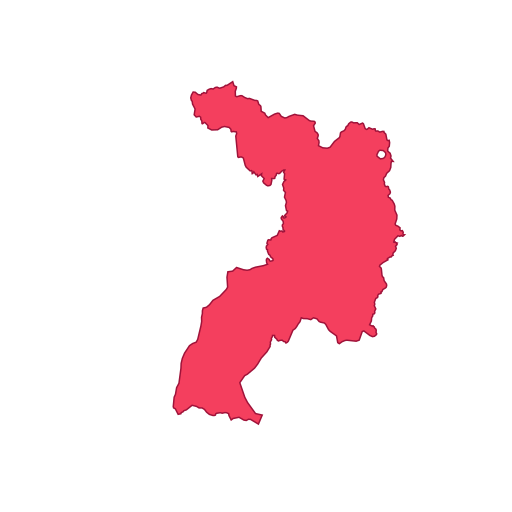 Bambesa, Orientale, Democratic Republic of the Congo (Robinson projection), rotated 34°
{"feature_id": "63176286B69142293994365", "entity_name": "Bambesa", "entity_type": "district", "adm_level": 2, "iso_a3": "COD", "parent_name": "Democratic Republic of the Congo", "parent_adm1": "Orientale", "projection": "robinson", "projection_center": [25.884, 2.972], "detail": "fine", "context": "isolated", "style": "filled", "palette": "rose", "viewbox_px": 512, "rotation_deg": 34, "n_neighbors": 0, "source": "geoboundaries", "source_scale": "gbopen_adm2", "svg_char_len": 6131}
<svg xmlns="http://www.w3.org/2000/svg" viewBox="0 0 512 512"><g transform="rotate(34 256 256)"><path d="M139.2,124.5L136.6,130.7L135.3,131.6L134.7,133.8L132.0,137.3L129.3,137.8L128.0,139.1L127.1,141.5L125.2,142.3L123.9,143.9L122.9,146.0L123.8,148.3L123.6,149.0L121.2,149.8L121.0,150.8L120.2,151.7L120.3,153.4L117.5,154.6L114.1,154.2L112.2,155.2L112.5,158.7L113.5,161.4L115.4,163.1L116.7,163.5L118.4,165.5L123.3,168.2L125.8,173.5L128.7,174.2L131.0,171.8L132.5,171.9L133.7,173.5L135.5,174.3L137.2,176.4L137.7,176.3L138.5,174.2L139.2,173.9L143.2,174.7L144.5,176.8L148.8,176.3L153.6,172.8L155.5,168.4L157.5,166.2L161.9,164.4L164.3,165.0L165.7,166.6L166.3,166.7L167.5,165.5L170.3,164.1L171.5,165.3L172.2,167.9L185.4,183.9L186.3,184.1L188.3,182.1L190.2,181.8L190.9,182.0L196.3,186.8L198.3,187.9L203.6,188.7L204.5,187.7L205.1,187.8L206.8,189.9L207.2,189.4L207.1,187.4L210.6,188.7L211.3,187.7L213.0,189.1L214.7,184.7L215.5,186.4L219.5,187.2L219.8,190.1L221.4,191.1L225.1,191.5L226.6,191.2L228.1,189.7L228.4,188.3L226.8,184.4L225.6,183.0L227.7,181.7L228.1,181.0L227.4,179.6L227.6,177.9L226.9,176.2L227.1,175.6L228.8,175.0L229.4,174.3L229.9,171.3L230.9,169.2L231.8,168.6L232.0,171.1L233.7,171.8L236.3,176.6L236.9,176.8L238.0,176.2L238.2,176.6L237.5,178.5L238.0,181.9L241.0,184.1L242.1,186.1L244.9,186.9L246.7,191.3L250.0,193.2L251.3,194.6L252.3,197.8L255.9,201.3L257.1,201.1L257.7,202.8L257.1,206.4L257.5,206.9L258.8,206.6L259.1,207.3L258.1,208.8L257.3,209.0L256.5,208.1L255.5,208.0L255.4,210.0L256.1,211.0L259.2,212.1L260.6,213.8L260.5,215.6L261.3,216.7L262.3,217.2L263.7,218.9L265.7,219.3L265.9,219.8L264.8,221.1L263.5,220.7L262.6,221.7L261.2,222.0L262.1,227.0L259.0,232.0L258.9,233.4L259.4,234.2L258.9,234.8L257.4,235.4L257.0,236.3L257.9,239.3L259.3,239.8L259.1,242.0L259.8,243.4L261.0,244.5L262.0,244.3L262.6,245.4L265.6,247.5L267.3,247.6L268.5,248.5L271.4,248.8L272.5,249.8L272.5,250.4L271.0,252.2L269.9,252.3L268.9,251.5L266.7,251.5L266.5,252.7L266.9,253.7L268.7,255.7L270.2,256.4L267.5,259.9L261.8,265.6L259.6,268.6L258.7,270.7L256.6,272.8L253.3,274.4L246.3,276.4L245.1,281.6L241.5,284.8L243.8,289.8L249.9,297.7L250.1,300.3L248.5,309.8L245.1,316.8L244.7,322.4L243.6,326.2L241.3,328.7L242.2,331.4L243.8,333.8L245.1,337.2L247.6,340.7L249.5,344.9L254.3,357.7L254.6,360.9L252.4,364.0L251.0,367.5L251.1,376.5L252.2,382.1L254.0,386.9L256.6,391.1L263.3,404.6L263.8,409.5L266.6,415.7L267.1,418.8L271.6,427.1L272.6,428.0L274.6,427.8L280.0,430.8L281.9,428.8L281.6,427.6L282.6,426.0L282.7,424.6L284.3,422.5L286.5,415.5L290.9,413.9L293.7,413.8L296.3,412.1L299.1,412.0L302.4,413.1L305.9,413.4L309.5,412.3L310.8,411.4L311.3,410.6L310.9,409.3L311.2,408.5L314.0,405.9L315.9,405.2L317.8,403.2L319.2,402.4L321.5,402.0L322.8,403.4L327.1,405.8L327.9,403.5L332.1,399.2L337.7,398.8L339.9,397.8L341.0,395.6L342.8,394.5L352.0,394.0L350.1,384.4L343.7,386.9L330.9,382.2L325.7,379.4L313.4,370.1L313.5,361.5L314.9,358.9L317.5,349.8L317.8,344.8L317.4,337.6L318.6,329.4L318.3,323.2L317.4,321.9L317.3,320.9L316.0,319.4L315.7,316.7L314.7,315.5L314.7,313.7L314.1,312.6L315.8,311.5L317.0,312.9L319.8,313.3L320.9,314.0L322.3,313.8L322.8,312.8L324.7,311.2L326.8,311.4L328.1,310.8L329.5,311.4L330.2,310.0L330.4,308.5L328.1,296.8L329.1,294.2L329.2,291.6L329.0,289.0L329.2,285.9L328.1,281.9L330.4,281.3L333.5,279.3L337.0,278.1L338.2,275.1L341.6,274.0L344.9,275.0L346.4,274.8L350.2,273.3L352.1,273.7L357.4,276.5L359.6,277.0L367.4,277.2L372.2,282.1L374.1,282.1L375.3,278.9L377.0,276.3L378.4,275.0L386.7,270.6L388.6,268.1L386.3,259.2L387.3,257.8L394.8,258.2L397.7,257.7L399.1,256.3L399.8,253.9L399.6,253.0L398.2,252.2L397.4,250.6L396.4,249.6L395.0,249.5L393.5,248.6L392.6,248.9L392.1,248.4L391.2,249.2L388.6,249.5L388.0,245.4L386.4,242.5L386.3,240.4L385.4,239.0L386.4,237.7L386.3,236.7L385.2,235.4L384.9,232.9L381.9,231.1L381.4,229.5L380.0,228.2L379.0,224.2L379.8,222.9L379.9,221.7L379.1,221.0L378.9,219.2L380.4,217.3L380.5,216.7L379.7,216.1L380.3,215.1L379.9,212.9L381.2,210.1L381.4,209.1L380.9,207.5L379.9,206.3L376.0,204.8L373.9,202.6L372.4,202.4L371.2,201.5L367.3,196.8L366.4,196.0L364.2,195.6L363.8,194.4L365.0,190.4L367.5,185.4L366.5,185.1L366.5,184.4L367.7,181.8L368.5,181.4L368.7,179.7L369.3,178.7L368.7,178.4L368.0,176.8L368.6,173.8L368.0,171.2L366.2,169.9L366.6,167.7L365.8,167.4L365.9,166.3L364.2,166.7L363.5,166.5L362.9,167.4L362.4,167.4L361.5,164.6L362.4,159.8L364.2,159.3L365.0,157.7L366.2,157.8L366.8,157.3L367.2,155.4L366.2,156.0L365.2,155.1L364.8,154.0L363.1,153.1L362.3,154.0L360.6,153.9L359.7,152.1L357.0,151.9L354.6,152.4L353.4,151.6L352.0,146.6L350.0,143.3L345.4,140.4L343.3,137.1L341.5,135.6L337.8,133.7L336.3,133.8L334.9,132.9L332.9,133.3L331.6,131.9L332.2,129.4L331.7,127.9L329.9,126.5L328.6,126.2L327.0,124.6L326.2,124.6L325.0,125.8L324.0,125.9L322.1,124.5L321.4,123.1L319.0,121.6L318.2,119.5L318.7,117.4L318.1,114.4L319.0,110.6L318.2,107.2L316.0,103.5L315.4,101.8L316.8,100.9L312.8,99.6L312.0,97.6L309.7,95.8L306.5,95.4L305.0,92.8L305.1,90.5L303.4,87.3L301.7,85.6L300.9,86.5L299.6,86.5L295.5,82.4L292.9,81.9L292.4,81.2L291.3,81.8L289.3,84.1L287.1,84.2L285.5,85.4L284.7,85.2L283.8,84.0L282.8,84.4L281.8,85.7L277.9,86.5L277.3,88.8L276.8,89.3L275.2,89.3L271.1,86.3L270.0,86.2L268.0,89.3L265.4,88.9L262.5,91.0L260.5,91.3L259.6,92.1L258.9,94.6L259.2,96.8L258.6,97.8L258.5,98.7L259.2,101.1L258.9,103.0L257.4,105.4L257.2,106.7L258.8,110.1L258.9,111.3L257.0,117.1L256.6,124.4L254.8,126.8L250.8,129.0L246.1,129.6L244.9,126.8L243.7,125.3L241.1,124.3L240.3,121.5L239.5,120.5L237.6,119.7L235.3,119.7L230.9,115.9L230.8,112.7L230.0,111.9L228.9,111.8L226.0,113.5L224.3,113.9L216.6,113.4L211.5,116.1L208.9,116.9L205.3,121.8L204.2,124.0L202.7,125.5L198.9,126.1L195.5,124.8L194.1,125.4L192.0,128.0L188.7,134.5L185.1,133.8L183.4,132.7L179.4,133.1L176.5,129.4L175.7,128.9L173.5,128.7L170.7,126.5L169.6,126.7L167.9,127.7L162.5,129.0L161.0,130.3L158.0,130.9L154.6,131.0L153.4,131.8L151.0,134.7L149.5,134.9L146.7,131.0L145.9,127.9L145.2,126.7L142.5,127.1L139.2,124.5ZM300.6,105.6L299.6,104.5L299.0,100.7L299.6,99.0L302.6,97.4L305.6,97.9L306.8,99.1L307.4,100.7L307.5,102.4L306.9,104.0L304.8,105.9L300.6,105.6Z" fill="#f43f5e" stroke="#9f1239" stroke-width="1.5"/></g></svg>